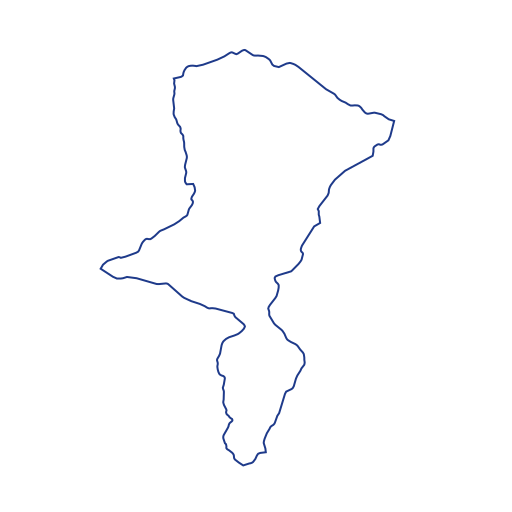 the Province of Nakhon Sawan, rotated 262°
{"feature_id": "THA-411", "entity_name": "Nakhon Sawan", "entity_type": "Province", "adm_level": 1, "iso_a3": "THA", "parent_name": "Thailand", "parent_adm1": "", "projection": "orthographic", "projection_center": [99.999, 15.699], "detail": "fine", "context": "isolated", "style": "outline", "palette": "blue", "viewbox_px": 512, "rotation_deg": 262, "n_neighbors": 0, "source": "natural_earth", "source_scale": "10m", "svg_char_len": 5281}
<svg xmlns="http://www.w3.org/2000/svg" viewBox="0 0 512 512"><g transform="rotate(262 256 256)"><path d="M370.5,411.6L356.1,405.7L352.1,403.2L349.1,397.3L348.8,396.5L348.7,395.7L348.8,394.9L349.1,394.1L349.5,393.4L349.6,392.6L349.4,391.6L348.0,388.7L347.2,387.8L346.3,387.3L343.0,386.8L339.0,385.5L328.0,356.1L320.6,344.8L315.9,340.1L314.6,339.1L314.0,338.7L312.5,337.9L311.6,337.5L308.9,336.9L308.1,336.6L305.9,335.3L296.7,325.8L293.9,323.7L291.7,324.4L288.2,323.9L286.1,324.2L279.8,324.1L277.2,317.7L259.9,303.0L257.9,301.9L256.5,301.3L255.4,301.2L254.6,301.3L253.9,301.6L252.8,302.5L252.1,302.8L251.3,302.8L246.0,300.6L244.5,299.4L242.2,297.0L236.6,289.7L235.9,288.6L233.9,275.6L233.0,272.4L232.2,271.8L231.6,271.4L229.8,271.5L228.2,271.9L227.4,272.3L225.5,273.8L224.8,274.1L224.0,274.4L223.1,274.3L221.4,274.0L218.7,273.1L213.5,270.8L211.6,269.2L205.7,263.1L203.8,261.5L202.2,260.8L199.6,261.3L198.6,261.3L196.8,261.0L195.8,260.9L194.9,261.0L187.1,264.3L186.4,264.7L185.1,265.6L179.3,271.0L178.0,271.9L175.1,273.3L170.7,274.5L169.1,275.2L168.5,275.7L168.0,276.2L166.0,278.6L163.3,282.7L162.2,283.9L161.0,284.8L157.3,286.7L153.9,289.0L152.4,289.6L151.5,289.7L148.7,289.7L146.4,289.4L143.9,289.4L142.4,289.0L141.5,288.6L138.3,285.3L136.2,284.0L131.9,280.3L129.0,278.5L121.8,275.3L121.0,274.7L120.2,274.1L119.7,273.4L119.3,272.7L117.5,267.0L115.4,265.5L97.1,257.0L94.8,254.9L88.5,251.6L87.4,250.9L86.4,249.7L85.4,247.5L84.9,246.8L84.3,246.2L82.9,245.3L79.0,242.1L74.0,239.2L71.6,238.1L69.8,237.6L64.0,238.5L60.3,238.4L60.4,232.8L59.9,230.7L59.4,230.1L58.1,229.0L55.1,227.1L52.5,224.5L51.9,223.4L51.5,221.7L51.5,220.6L50.4,214.2L53.8,210.3L57.2,207.0L58.0,206.5L59.0,206.2L61.9,206.3L63.1,205.9L64.4,205.1L67.3,202.3L68.5,200.8L69.1,200.3L70.0,199.9L71.5,200.2L72.6,200.2L73.8,200.1L74.9,199.2L79.8,198.3L80.8,198.3L81.8,198.5L82.6,198.8L83.3,199.2L89.6,204.1L91.0,205.0L92.6,205.6L93.3,206.0L94.0,206.5L94.5,207.1L95.3,208.5L95.7,209.1L96.3,209.7L97.0,209.8L97.9,209.6L98.9,208.4L100.0,207.4L101.6,206.6L102.7,205.5L103.8,204.8L105.4,204.6L106.3,204.9L107.1,205.3L108.3,205.2L112.8,203.6L114.5,203.3L115.8,203.2L118.4,204.0L126.0,205.3L127.0,205.3L128.9,204.9L130.1,204.8L133.1,206.2L139.0,208.1L140.0,208.1L140.9,207.7L141.7,206.9L142.5,205.2L143.4,204.0L144.5,203.2L146.6,202.6L149.2,202.3L151.3,202.3L152.3,202.4L154.0,203.0L155.0,203.2L156.0,203.2L157.2,203.0L158.2,202.9L159.0,203.1L159.7,203.5L162.2,205.5L164.3,206.8L172.4,209.5L173.8,210.2L174.5,210.6L175.8,211.6L176.3,212.2L177.2,213.5L178.1,214.9L179.3,218.1L180.3,223.6L181.2,227.1L181.9,228.6L183.6,231.4L185.7,233.9L186.3,234.3L187.7,235.2L188.8,235.0L190.2,234.3L197.8,227.5L198.4,227.0L200.0,226.3L201.9,226.0L202.9,224.5L209.6,208.7L210.4,205.6L210.6,204.0L210.5,203.1L210.8,201.9L211.5,200.6L213.5,198.2L216.3,193.8L220.3,185.6L224.5,179.1L226.1,177.3L240.4,165.1L241.0,164.2L241.4,163.0L241.7,155.9L242.1,153.7L250.6,134.7L253.2,125.3L252.5,121.2L252.5,119.1L253.0,115.2L255.3,111.5L265.0,100.4L268.7,103.3L271.4,107.6L271.9,108.8L274.1,119.8L273.8,120.6L273.5,121.2L273.0,121.9L273.5,126.6L275.9,137.8L276.7,139.9L277.9,141.0L283.6,144.3L284.6,145.0L285.8,146.1L287.6,148.3L288.2,149.7L288.1,150.8L287.7,151.9L287.4,153.5L287.8,154.8L289.9,158.5L293.3,163.1L294.0,164.2L294.4,165.3L295.2,168.6L298.7,179.4L301.2,184.8L304.1,189.5L305.0,191.9L305.7,193.2L306.4,193.8L311.2,195.9L311.9,196.3L312.6,196.9L315.2,199.5L316.8,200.6L317.9,201.0L318.9,201.1L319.7,200.8L320.3,200.4L321.0,199.9L322.0,200.0L323.6,200.8L326.3,203.2L327.8,204.2L329.1,204.8L332.0,204.8L333.0,204.7L336.1,203.8L336.6,197.9L336.7,197.3L338.2,196.5L339.0,196.2L339.6,196.1L340.3,196.1L343.1,196.5L347.3,198.2L348.1,198.5L348.9,198.6L349.8,198.6L353.4,197.9L354.4,198.0L356.2,198.5L362.6,201.1L363.5,201.3L364.6,201.4L365.7,201.3L369.2,200.7L370.1,200.4L371.0,200.2L374.0,200.1L378.0,200.6L379.2,200.6L381.1,200.4L382.8,200.4L384.9,200.7L385.6,200.5L386.4,200.2L388.3,198.8L389.3,198.6L390.5,198.6L392.4,199.1L393.6,199.0L394.5,198.8L396.7,197.3L397.2,197.0L398.0,196.7L398.8,196.5L401.8,196.1L402.6,195.9L404.9,194.8L407.5,194.2L408.4,194.2L410.6,194.6L413.5,195.5L422.1,195.7L423.6,196.0L427.3,197.6L428.5,197.9L429.6,197.9L430.7,198.0L433.3,199.0L434.4,199.2L435.3,199.2L437.2,199.0L438.1,198.9L441.3,199.7L443.2,199.3L443.8,206.6L444.2,207.6L444.9,208.8L447.4,209.6L448.6,210.2L450.0,211.1L452.2,213.1L453.0,214.5L453.4,215.8L453.5,217.8L453.3,219.9L452.6,222.6L452.3,223.4L452.8,230.2L455.8,245.0L458.1,252.5L460.5,257.7L461.0,259.1L461.1,260.2L460.8,261.0L459.3,263.3L458.6,264.6L458.9,266.0L461.2,270.7L461.6,272.3L461.6,273.6L461.2,274.3L455.4,280.8L454.9,281.7L454.6,282.8L454.2,286.0L453.1,290.7L452.7,291.6L451.9,293.0L451.5,293.6L449.3,296.0L448.7,296.5L448.1,297.0L447.3,297.4L443.3,298.8L441.7,300.3L439.9,304.9L442.3,313.0L442.5,316.2L442.2,317.2L441.0,319.7L439.8,321.6L437.3,324.4L411.4,348.6L405.9,355.7L404.9,356.7L404.2,357.1L401.3,358.6L399.2,360.5L397.6,362.4L395.4,366.1L393.5,368.2L391.9,370.5L391.7,371.4L391.5,373.4L391.5,374.6L390.9,377.7L390.4,378.7L389.8,379.4L388.6,380.4L387.9,380.9L386.2,381.7L383.1,383.7L382.2,384.6L381.6,385.6L381.3,386.5L381.3,387.5L381.5,392.5L381.4,393.5L379.0,399.6L378.2,400.9L377.6,401.7L376.7,402.4L372.9,406.5L370.5,411.6Z" fill="none" stroke="#1e3a8a" stroke-width="2"/></g></svg>